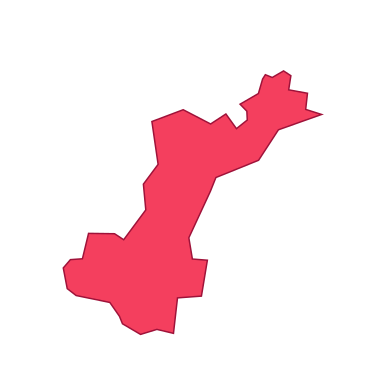 the district of Altinkul, Andijon, Uzbekistan, rotated 118°
{"feature_id": "79887680B88758805168239", "entity_name": "Altinkul", "entity_type": "district", "adm_level": 2, "iso_a3": "UZB", "parent_name": "Uzbekistan", "parent_adm1": "Andijon", "projection": "equal_earth", "projection_center": [72.13, 40.815], "detail": "fine", "context": "isolated", "style": "filled", "palette": "rose", "viewbox_px": 384, "rotation_deg": 118, "n_neighbors": 0, "source": "geoboundaries", "source_scale": "gbopen_adm2", "svg_char_len": 698}
<svg xmlns="http://www.w3.org/2000/svg" viewBox="0 0 384 384"><g transform="rotate(118 192 192)"><path d="M337.8,245.7L328.1,212.7L335.8,197.7L341.0,191.5L341.9,170.6L329.8,158.5L325.5,142.0L292.3,155.1L279.5,134.8L245.0,146.4L251.0,160.2L233.9,173.3L182.7,176.1L168.0,177.7L132.7,148.1L96.5,144.9L62.7,114.0L65.7,130.4L50.6,136.4L56.4,154.6L42.9,159.3L42.1,168.0L53.2,174.9L54.0,182.3L59.1,182.7L73.9,179.6L91.9,190.8L94.9,181.5L102.5,177.0L115.2,182.5L107.2,198.7L123.2,207.5L123.5,238.4L148.6,260.5L183.5,234.9L207.9,238.6L229.5,224.4L266.2,229.9L265.2,240.8L277.1,263.9L302.4,257.4L308.8,267.6L319.5,270.0L335.9,256.8L337.8,245.7Z" fill="#f43f5e" stroke="#9f1239" stroke-width="1.5"/></g></svg>